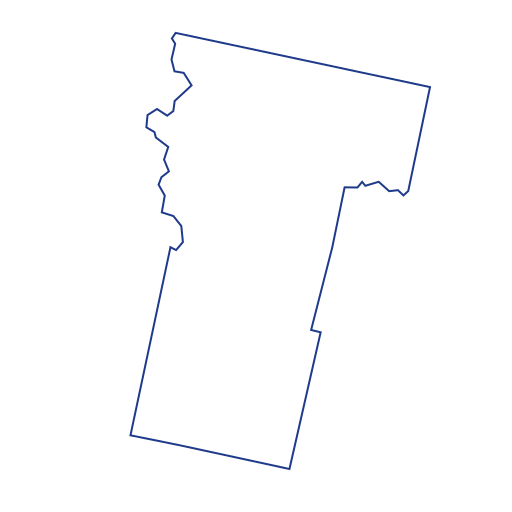 Hinsdale, Colorado, United States of America, rotated 12°
{"feature_id": "52423323B80140634274819", "entity_name": "Hinsdale", "entity_type": "district", "adm_level": 2, "iso_a3": "USA", "parent_name": "United States of America", "parent_adm1": "Colorado", "projection": "robinson", "projection_center": [-107.379, 37.785], "detail": "fine", "context": "isolated", "style": "outline", "palette": "blue", "viewbox_px": 512, "rotation_deg": 12, "n_neighbors": 0, "source": "geoboundaries", "source_scale": "gbopen_adm2", "svg_char_len": 698}
<svg xmlns="http://www.w3.org/2000/svg" viewBox="0 0 512 512"><g transform="rotate(12 256 256)"><path d="M333.0,457.4L335.1,317.2L325.3,316.9L328.8,231.6L328.4,170.4L341.0,167.9L344.4,161.4L348.3,164.6L360.6,157.9L372.8,164.9L381.2,162.1L387.6,166.1L391.4,160.8L391.1,54.6L131.0,54.5L128.5,60.7L132.8,65.2L132.5,81.4L137.9,92.3L147.2,91.9L157.5,102.5L144.2,121.3L145.0,131.4L139.9,137.2L128.6,132.8L120.6,140.7L122.0,152.9L130.9,155.9L133.4,160.9L147.5,167.6L146.0,180.8L153.2,191.3L147.1,198.6L145.9,206.5L154.2,215.9L154.8,232.9L166.9,234.1L176.7,242.2L181.6,257.6L176.6,266.8L170.5,265.2L170.5,336.9L170.5,457.5L219.5,457.0L333.0,457.4Z" fill="none" stroke="#1e3a8a" stroke-width="2"/></g></svg>